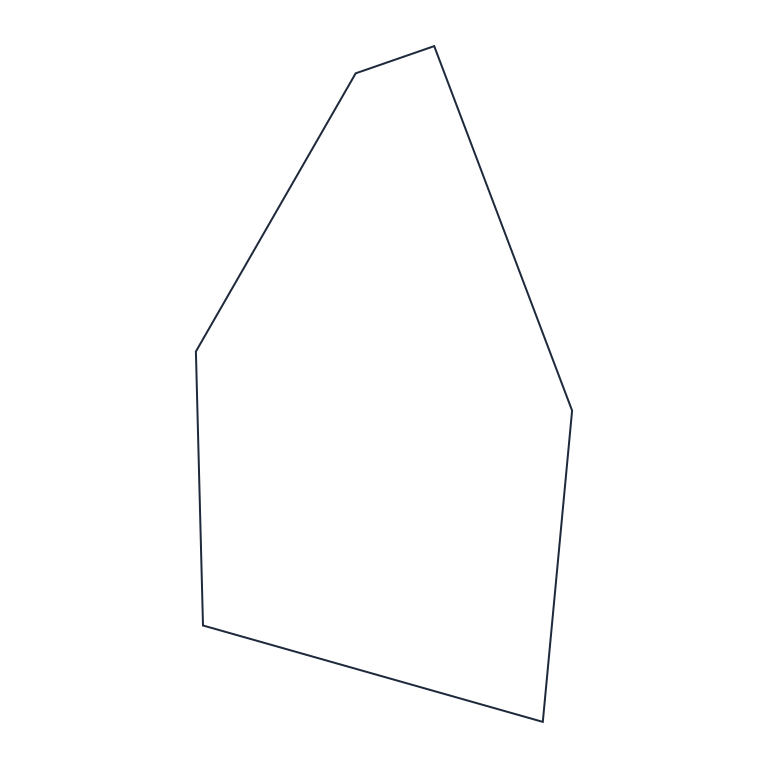 Montserrat, orthographic projection
{"feature_id": "MSR", "entity_name": "Montserrat", "entity_type": "country or territory", "adm_level": 0, "iso_a3": "MSR", "parent_name": "North America", "parent_adm1": "", "projection": "orthographic", "projection_center": [-62.18, 16.745], "detail": "fine", "context": "isolated", "style": "outline", "palette": "slate", "viewbox_px": 768, "rotation_deg": 0, "n_neighbors": 0, "source": "natural_earth", "source_scale": "50m", "svg_char_len": 209}
<svg xmlns="http://www.w3.org/2000/svg" viewBox="0 0 768 768"><path d="M572.1,410.6L542.8,721.9L203.0,625.5L195.9,351.5L355.7,73.3L434.2,46.1L572.1,410.6Z" fill="none" stroke="#1e293b" stroke-width="2"/></svg>